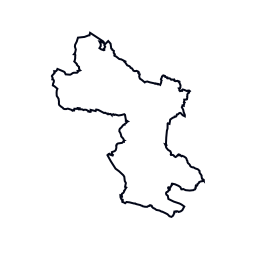 Cobh Lea-6, Cork, Ireland, rotated 27°
{"feature_id": "5873133B90074174000916", "entity_name": "Cobh Lea-6", "entity_type": "district", "adm_level": 2, "iso_a3": "IRL", "parent_name": "Ireland", "parent_adm1": "Cork", "projection": "natural_earth1", "projection_center": [-8.365, 51.953], "detail": "fine", "context": "isolated", "style": "outline", "palette": "ink", "viewbox_px": 256, "rotation_deg": 27, "n_neighbors": 0, "source": "geoboundaries", "source_scale": "gbopen_adm2", "svg_char_len": 5822}
<svg xmlns="http://www.w3.org/2000/svg" viewBox="0 0 256 256"><g transform="rotate(27 128 128)"><path d="M152.1,181.8L153.5,181.8L153.3,183.3L153.4,184.5L153.1,185.3L153.2,185.7L153.1,185.8L153.4,186.3L153.3,187.9L152.5,189.2L152.8,190.6L153.3,191.2L152.7,191.3L153.4,191.7L152.8,191.6L153.0,191.9L152.7,192.0L153.0,192.2L152.6,192.3L152.5,192.8L153.6,193.9L153.1,194.1L153.7,194.0L154.9,194.7L155.6,194.2L155.9,194.3L156.3,195.1L156.1,195.7L156.4,196.4L156.7,196.5L157.5,196.2L159.6,196.3L160.3,194.6L163.3,193.5L167.4,192.6L168.6,192.0L168.9,192.0L168.7,192.2L169.2,192.1L168.9,191.8L169.5,192.1L170.2,192.0L173.8,191.1L175.5,191.1L175.6,191.3L175.5,191.1L175.8,190.9L176.3,191.1L178.8,190.5L180.9,189.5L181.3,188.7L182.4,187.7L182.2,187.7L182.3,187.1L183.1,186.6L184.3,186.5L184.7,186.7L185.1,187.3L187.0,187.9L188.1,187.7L190.5,188.1L193.6,187.2L195.7,187.3L196.4,187.0L199.7,186.9L202.4,186.9L205.0,187.8L207.0,187.5L207.6,186.5L208.0,185.4L207.8,184.4L208.0,183.2L207.4,182.3L207.4,181.4L207.9,181.2L207.7,181.1L208.7,180.3L210.1,179.7L211.3,179.8L212.8,178.3L213.7,176.6L213.8,172.4L210.4,171.9L208.2,171.9L202.2,172.8L196.2,172.9L194.2,170.3L192.4,169.9L191.7,169.2L191.4,168.5L191.5,167.6L192.3,166.8L192.4,165.8L193.3,164.0L193.1,163.7L191.4,163.7L190.8,162.8L191.2,162.3L192.7,162.0L192.7,160.5L193.1,158.6L192.6,158.6L192.4,157.7L192.7,157.5L195.4,156.8L199.3,156.6L201.5,156.9L203.4,158.4L204.1,158.1L204.8,157.3L207.6,157.2L211.4,155.7L214.6,153.6L215.1,152.5L215.6,152.2L215.6,150.6L215.1,150.3L215.2,149.9L214.6,148.8L214.6,148.4L215.4,148.4L215.8,147.8L215.4,146.6L215.6,146.5L215.8,145.4L216.1,144.8L216.0,143.8L217.3,142.4L218.7,141.4L218.5,141.1L219.0,140.4L219.5,140.6L219.0,139.8L217.0,139.6L215.5,137.7L215.1,136.9L212.4,135.5L211.6,134.8L211.4,133.9L209.6,133.2L208.7,133.1L206.3,133.5L204.2,133.3L203.2,133.8L201.6,133.9L200.7,133.6L200.1,133.0L198.9,132.4L197.5,132.1L196.5,131.4L195.9,130.4L195.1,130.0L194.0,128.8L193.1,128.3L191.0,128.0L188.9,128.2L188.5,128.9L186.5,128.3L185.7,128.4L185.9,128.8L185.4,128.8L185.4,129.3L184.7,129.3L184.1,131.5L183.5,132.3L182.1,132.2L181.5,131.8L180.2,131.6L178.5,132.5L178.1,132.2L177.8,130.8L176.3,129.5L173.6,129.3L170.9,128.1L169.7,126.6L168.5,125.7L169.7,125.5L168.9,124.6L166.4,119.1L163.9,112.8L163.5,110.6L161.3,106.1L161.4,105.7L163.1,105.5L161.8,101.3L163.2,98.6L164.6,97.1L164.4,96.6L165.6,95.9L165.7,94.9L165.4,93.8L166.3,93.1L166.9,91.5L167.5,90.9L168.6,90.9L170.9,91.8L173.3,91.8L172.8,90.7L170.3,88.5L168.9,86.7L166.5,85.0L166.6,84.4L166.3,83.1L167.6,82.9L167.1,81.9L167.2,81.3L166.8,80.5L166.9,79.7L166.1,79.7L165.7,77.9L165.2,77.2L167.1,76.1L167.3,75.9L167.2,75.4L167.4,75.3L166.9,73.7L166.4,73.2L166.4,72.6L165.7,71.4L165.6,70.0L166.3,68.9L166.0,68.3L166.4,67.1L165.3,66.9L164.7,67.5L164.4,67.5L163.9,68.3L160.9,68.5L159.3,68.8L158.9,69.8L159.3,70.4L157.8,71.2L157.6,71.5L156.7,71.2L156.3,70.2L155.3,69.6L156.3,68.8L156.3,68.3L155.4,66.1L153.1,64.2L152.5,64.0L152.9,63.5L152.8,63.3L150.7,63.5L149.1,64.7L148.3,64.9L147.8,64.8L147.5,64.0L147.0,63.8L146.7,64.5L145.1,64.8L144.6,65.4L142.7,64.8L140.5,65.9L140.2,65.8L140.0,65.1L138.0,65.6L137.5,64.9L135.8,65.0L135.4,65.3L135.4,66.1L134.9,66.6L135.2,67.9L135.2,69.6L136.4,70.4L136.3,71.0L136.9,72.5L137.1,74.9L136.4,74.8L135.7,75.2L135.0,75.0L133.8,75.4L133.9,75.6L132.5,75.7L132.3,76.2L132.0,76.3L131.7,76.1L126.7,77.4L124.1,77.8L122.1,79.4L122.1,79.7L118.1,78.8L116.4,78.7L115.9,78.4L114.5,76.9L114.1,74.9L113.6,75.0L112.1,74.3L111.8,73.6L112.1,73.3L111.7,73.1L109.7,73.2L108.4,74.2L106.9,74.5L104.6,73.1L103.0,73.2L102.5,72.7L101.2,72.3L98.8,72.5L95.7,70.8L94.9,70.6L95.2,69.9L90.8,69.9L88.9,70.5L85.0,69.7L83.1,69.8L82.7,69.3L82.8,68.3L81.1,67.5L80.4,65.7L78.5,65.5L78.2,65.0L77.0,64.8L74.2,60.8L70.9,59.5L69.2,64.8L70.8,66.0L70.7,66.3L70.8,67.6L70.6,68.1L70.8,68.1L71.5,69.3L71.1,69.7L68.4,70.1L66.3,69.8L66.5,67.3L66.3,67.1L65.6,65.5L63.3,63.9L65.6,63.2L67.8,63.3L67.5,63.0L67.6,62.6L66.5,62.1L51.0,60.4L51.6,62.9L50.8,63.4L47.9,66.6L42.4,70.2L43.1,74.2L43.1,77.9L43.8,79.7L45.9,81.8L46.6,84.6L46.6,85.8L46.4,86.8L47.5,86.4L48.2,87.4L48.5,88.4L49.2,89.6L49.9,92.0L49.9,93.1L52.5,93.9L53.5,94.3L53.7,94.9L56.7,95.9L57.4,97.3L57.6,97.3L58.3,98.2L59.2,98.4L58.4,99.3L57.2,100.0L57.6,100.4L57.9,101.1L57.6,101.8L54.6,103.4L53.7,104.3L53.1,105.7L52.2,106.8L48.1,108.5L46.3,107.1L45.2,106.9L38.3,107.4L38.4,108.9L38.0,110.1L36.5,110.9L37.6,112.0L37.2,112.5L37.3,113.5L36.6,115.7L36.6,116.3L38.1,117.6L38.5,119.0L39.3,118.7L40.4,119.4L41.0,120.6L41.1,122.4L41.7,124.2L43.5,124.2L47.3,125.1L47.5,126.9L48.3,128.9L49.9,131.7L52.8,133.4L54.5,135.8L55.5,137.9L56.4,138.8L58.9,139.4L60.7,139.6L61.8,140.1L63.0,139.9L64.5,139.1L65.2,138.3L65.8,138.0L69.0,137.5L70.8,137.8L71.1,137.5L70.9,137.4L71.0,136.9L72.0,136.7L71.5,135.2L74.3,133.9L74.0,133.1L75.9,132.4L76.1,133.5L78.2,132.4L79.2,132.1L80.1,132.3L81.2,131.3L82.4,130.8L85.1,130.8L85.2,131.3L86.9,130.9L87.4,130.4L86.5,128.8L91.5,127.6L91.3,126.0L93.3,125.4L99.9,125.5L100.6,124.8L102.8,124.8L103.5,124.3L104.0,124.8L106.1,123.4L107.6,123.9L107.4,123.5L108.9,122.3L109.7,122.7L110.6,121.8L114.0,121.1L116.5,119.2L118.4,117.4L119.3,117.6L122.4,121.7L122.9,122.8L123.1,122.8L123.1,122.0L124.8,122.2L124.5,122.5L124.1,124.3L123.2,126.2L123.4,126.6L122.9,126.8L122.3,127.9L121.9,130.2L121.1,132.3L121.1,133.1L121.7,134.8L123.7,136.1L125.4,137.9L125.8,138.6L128.3,139.5L129.1,140.0L129.8,140.8L130.2,140.8L129.9,141.1L130.5,142.0L130.0,142.1L129.8,143.1L129.4,144.0L126.1,146.3L125.4,147.6L125.4,148.6L125.5,149.0L125.8,149.0L126.0,149.9L126.6,150.9L127.1,153.2L126.6,154.7L124.6,156.8L125.1,157.8L125.1,158.3L126.8,158.8L126.8,159.5L123.6,160.0L123.7,159.7L123.1,159.4L122.6,159.9L122.0,161.5L127.9,165.5L135.4,169.9L139.7,170.6L145.3,172.2L146.8,173.1L149.2,176.7L151.1,178.0L152.1,181.8Z" fill="none" stroke="#020617" stroke-width="2"/></g></svg>